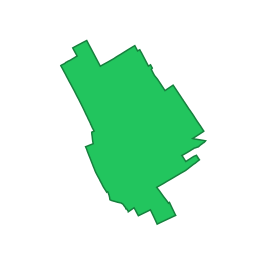 Celaru, Dolj, Romania, rotated 316°
{"feature_id": "2599482B43733075119121", "entity_name": "Celaru", "entity_type": "district", "adm_level": 2, "iso_a3": "ROU", "parent_name": "Romania", "parent_adm1": "Dolj", "projection": "mercator", "projection_center": [24.129, 44.049], "detail": "fine", "context": "isolated", "style": "filled", "palette": "green", "viewbox_px": 256, "rotation_deg": 316, "n_neighbors": 0, "source": "geoboundaries", "source_scale": "gbopen_adm2", "svg_char_len": 5203}
<svg xmlns="http://www.w3.org/2000/svg" viewBox="0 0 256 256"><g transform="rotate(316 128 128)"><path d="M101.6,224.0L102.0,222.6L103.6,217.8L104.8,214.2L106.0,210.7L106.1,210.3L104.9,210.2L105.3,207.6L105.9,202.1L106.4,198.7L107.0,194.7L107.2,192.3L107.4,191.3L107.4,190.6L107.5,190.6L112.9,192.0L115.2,192.6L118.9,193.4L124.0,194.7L129.6,196.0L131.2,196.4L134.2,197.1L137.3,197.9L140.1,198.6L141.4,198.7L142.7,198.9L144.2,199.0L146.9,199.3L149.8,199.6L151.9,200.0L154.4,200.2L155.5,200.3L157.3,200.5L157.6,198.5L157.8,197.6L157.6,197.6L157.9,196.8L158.3,195.2L155.8,194.2L155.5,194.1L155.0,194.0L153.1,193.6L149.9,193.0L148.1,192.6L146.8,192.4L146.3,192.3L146.4,191.6L146.6,190.6L147.2,187.9L147.7,185.3L147.7,185.2L148.7,185.5L149.6,185.7L151.1,186.1L153.0,186.6L154.7,187.0L157.0,187.5L159.0,187.9L160.9,188.4L161.5,188.4L161.8,188.5L162.2,188.8L162.9,189.2L164.3,189.8L165.6,190.5L168.1,190.5L168.7,190.6L169.9,190.8L171.4,190.9L172.4,191.2L173.3,191.2L174.1,191.2L174.9,191.1L173.4,189.0L170.2,184.7L168.2,182.1L167.7,181.4L167.2,180.5L170.3,181.1L180.2,183.0L180.3,183.0L180.4,182.8L180.5,182.4L180.5,181.9L180.6,181.5L180.6,181.2L180.7,180.7L180.8,180.6L180.8,180.1L180.9,179.8L180.9,179.7L181.0,179.3L181.1,179.1L181.1,178.7L181.2,178.4L181.3,178.0L181.3,177.9L181.3,177.7L181.6,176.5L181.6,175.9L181.7,175.6L181.7,175.4L181.8,175.1L181.8,174.9L181.8,174.7L181.9,174.4L182.0,173.9L182.1,172.9L182.2,172.7L182.2,172.4L182.3,172.0L182.3,171.8L182.3,171.6L182.4,171.1L182.5,171.0L182.5,170.6L182.7,169.8L182.7,169.7L182.8,169.1L182.9,168.6L183.0,168.3L183.0,168.1L183.1,167.9L183.1,167.4L183.2,167.2L183.3,166.8L183.3,166.6L183.4,166.2L183.5,166.0L183.7,164.8L184.0,163.3L184.1,162.7L184.2,162.4L184.2,162.0L184.2,161.9L184.3,161.4L184.4,160.9L184.4,160.7L184.7,159.2L184.8,158.4L184.9,157.6L185.2,155.5L185.4,154.9L185.4,154.6L185.5,154.2L185.6,153.9L185.6,153.7L185.7,153.3L185.7,153.0L185.7,152.9L185.8,152.7L185.8,152.4L185.9,152.2L185.9,151.9L186.0,151.7L186.1,151.2L186.1,150.7L186.3,149.9L186.4,149.4L186.5,149.0L186.6,148.1L186.6,147.9L186.7,147.6L186.8,147.0L186.9,146.4L187.0,146.1L187.1,145.9L187.2,144.7L187.3,144.3L187.7,142.5L187.7,142.2L187.9,141.3L187.9,141.0L188.0,140.8L188.0,140.6L188.1,140.1L188.1,139.8L188.2,139.7L188.2,139.3L188.2,139.2L188.3,139.1L188.3,138.9L188.3,138.7L188.4,138.4L188.5,138.0L188.6,137.4L188.6,137.2L188.7,136.9L188.7,136.6L188.9,135.9L188.9,135.6L189.1,134.6L189.2,134.1L189.3,133.5L189.3,133.3L189.4,133.2L189.4,132.9L189.6,131.9L189.6,131.7L189.7,131.4L189.8,131.0L190.2,128.5L180.6,126.8L181.5,122.0L181.9,119.9L183.1,113.4L183.4,109.7L183.5,108.6L184.2,106.1L184.5,105.2L185.5,102.0L187.1,101.8L187.5,100.2L188.1,98.2L185.7,97.6L187.7,90.8L190.0,83.0L190.4,81.2L190.8,79.9L189.5,79.5L188.4,79.2L188.5,78.9L189.5,75.6L190.1,73.5L187.7,72.9L182.0,71.6L175.8,70.3L173.4,69.8L171.4,69.3L168.7,68.7L165.7,68.2L164.3,67.8L160.3,66.8L154.1,65.1L151.0,64.3L156.9,43.9L157.8,40.7L159.1,36.4L154.2,34.9L152.7,34.5L149.0,33.4L143.9,32.0L143.2,34.3L141.4,40.9L141.1,40.8L140.7,40.7L137.9,40.1L134.8,39.4L133.4,39.1L132.1,38.6L131.0,38.2L130.6,38.2L129.3,37.8L128.6,37.6L128.4,37.6L127.6,37.7L126.2,37.3L124.0,36.6L123.0,36.4L122.9,36.6L122.2,39.4L121.3,42.5L120.3,46.2L119.7,48.0L118.8,51.3L118.4,52.5L118.1,53.6L117.7,55.1L117.3,56.6L116.1,60.8L115.2,64.0L113.6,69.1L113.0,71.2L112.5,73.1L111.8,75.3L110.1,80.7L108.9,84.4L108.6,85.2L108.2,86.5L107.7,87.8L107.1,89.6L106.7,91.0L106.4,91.9L106.0,93.0L105.7,93.8L105.2,95.5L104.7,97.0L104.4,98.0L104.0,99.0L103.8,99.2L103.8,99.4L103.7,99.6L103.7,99.9L103.7,100.0L103.4,100.5L103.3,100.9L103.3,101.0L103.2,101.1L103.2,101.4L102.9,102.0L102.7,102.6L102.5,103.1L101.5,106.7L100.8,106.5L99.0,105.8L98.6,106.3L97.9,107.1L97.0,108.3L96.6,108.9L95.1,110.8L94.7,111.3L93.9,112.4L93.4,113.0L93.1,113.6L92.6,114.3L92.1,115.1L91.8,115.0L91.0,114.7L90.2,114.4L89.7,114.2L89.2,114.0L88.9,113.9L88.4,113.6L88.0,113.5L87.1,113.1L86.5,112.9L86.2,112.8L85.8,112.6L85.1,112.3L84.5,112.0L84.3,112.5L83.6,114.4L82.6,116.5L80.8,120.8L79.9,123.1L78.0,127.6L77.2,129.6L76.4,131.4L75.6,133.5L74.7,135.6L74.3,136.6L73.8,138.0L73.6,138.8L73.3,139.7L72.9,141.2L72.7,141.9L72.4,143.0L72.2,143.8L72.0,144.6L71.7,145.5L71.4,146.3L71.1,147.4L70.6,149.1L70.4,150.0L70.0,151.0L69.6,152.4L69.2,153.9L68.9,155.5L68.4,157.9L68.1,159.4L68.3,159.4L68.6,159.5L69.0,159.6L69.1,159.9L68.8,160.7L68.4,161.6L68.0,162.4L67.8,163.0L67.5,163.5L66.7,164.9L65.9,166.0L65.3,166.9L65.2,167.1L65.2,167.3L65.4,167.6L65.6,168.3L65.9,168.9L66.2,169.4L66.7,170.3L67.3,171.3L67.5,171.6L67.7,172.0L68.3,173.0L68.7,173.8L70.7,176.8L70.9,177.0L71.0,177.2L71.0,177.4L71.0,177.6L71.0,177.8L71.2,178.2L71.3,178.3L71.4,178.7L71.4,178.9L71.4,179.1L71.4,179.7L71.3,180.5L71.1,181.5L71.0,182.4L71.0,182.9L70.9,183.5L70.8,183.8L70.7,183.9L70.6,184.1L70.5,184.4L70.4,184.6L70.7,184.7L70.7,185.3L70.8,185.4L70.8,185.5L70.7,185.8L70.7,186.2L70.5,186.9L70.4,187.4L70.4,187.6L70.3,188.1L70.3,188.4L70.2,188.5L76.9,189.6L76.3,192.2L75.8,193.7L75.5,194.8L75.1,196.2L74.5,198.3L84.3,201.5L85.9,202.0L87.3,202.4L86.7,204.3L85.1,209.1L84.6,210.6L82.3,217.2L82.2,217.4L85.6,218.5L92.7,220.9L96.1,222.1L99.4,223.2L101.6,224.0Z" fill="#22c55e" stroke="#15803d" stroke-width="1.5"/></g></svg>